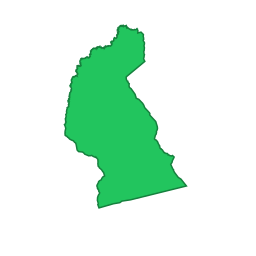 Bia East, Western, Ghana, rotated 225°
{"feature_id": "2480657B75704309897075", "entity_name": "Bia East", "entity_type": "district", "adm_level": 2, "iso_a3": "GHA", "parent_name": "Ghana", "parent_adm1": "Western", "projection": "mercator", "projection_center": [-2.892, 6.825], "detail": "fine", "context": "isolated", "style": "filled", "palette": "green", "viewbox_px": 256, "rotation_deg": 225, "n_neighbors": 0, "source": "geoboundaries", "source_scale": "gbopen_adm2", "svg_char_len": 6006}
<svg xmlns="http://www.w3.org/2000/svg" viewBox="0 0 256 256"><g transform="rotate(225 128 128)"><path d="M198.7,116.8L198.0,116.4L197.5,116.7L195.8,115.9L195.3,115.3L195.3,114.7L194.9,114.6L195.0,114.3L194.3,113.8L194.3,113.3L194.0,112.8L194.1,111.9L193.3,111.1L193.3,110.6L192.9,110.5L192.7,110.0L192.4,109.9L192.2,109.0L191.9,109.2L191.0,108.6L191.0,108.3L190.8,107.7L190.5,107.6L190.5,107.2L190.3,107.3L189.7,106.9L189.5,106.5L190.3,106.4L189.8,105.6L189.8,104.9L189.3,104.5L188.7,104.6L188.6,104.3L188.2,104.6L188.2,104.4L187.6,104.2L187.3,103.6L186.6,103.2L186.6,102.9L186.8,102.7L186.7,102.4L185.2,101.5L185.0,100.6L185.4,100.1L185.4,99.2L184.7,98.8L184.3,97.8L183.1,96.1L182.1,95.4L181.6,94.4L181.5,93.5L180.0,92.6L179.6,91.7L178.9,90.9L178.8,90.1L178.0,89.8L177.8,89.4L177.1,89.0L176.8,88.6L176.0,88.5L175.8,87.4L175.2,86.8L175.4,85.5L173.4,84.7L171.7,83.7L170.7,82.0L169.6,80.5L169.1,80.4L168.9,79.8L168.3,79.2L167.4,78.8L167.4,78.5L166.7,78.4L165.5,78.9L164.1,78.8L163.0,79.1L162.4,78.9L161.0,79.0L158.4,79.9L157.7,80.4L155.6,80.1L154.5,80.4L152.9,79.6L148.6,76.6L148.1,76.4L146.2,76.4L143.1,78.9L140.9,79.1L140.2,78.9L136.0,80.6L135.4,81.5L134.7,82.1L134.3,83.0L132.5,83.3L129.4,84.6L129.5,84.7L127.1,84.5L125.0,82.6L124.1,81.5L122.1,79.9L120.7,79.9L120.1,79.6L117.1,79.8L115.0,79.3L113.8,79.3L110.6,77.5L111.2,75.6L110.9,73.9L110.3,72.4L110.8,70.7L110.9,69.3L110.5,68.9L109.4,65.5L108.4,64.6L107.6,64.4L106.9,63.7L106.4,63.8L105.7,63.3L105.1,63.4L104.4,63.1L103.8,62.5L102.3,62.2L101.8,61.4L101.5,59.7L100.5,57.5L99.1,55.9L98.5,55.2L96.3,54.0L95.3,53.2L95.2,52.5L92.0,51.0L84.7,64.2L81.0,69.4L80.6,72.0L75.5,78.9L45.7,128.3L54.4,129.3L57.5,128.6L63.9,129.5L65.9,130.2L66.3,130.7L67.3,130.7L72.1,132.5L72.5,134.7L73.5,136.3L74.6,139.6L74.9,140.1L77.1,140.0L77.5,138.9L78.0,138.7L78.8,138.1L79.7,138.0L80.5,137.4L80.7,137.7L82.3,137.7L83.1,136.8L83.6,136.8L84.1,136.4L85.1,136.4L85.3,136.1L88.2,136.8L89.0,136.6L89.7,136.8L90.1,136.4L91.0,136.4L91.7,136.9L92.4,137.0L92.5,137.4L93.3,137.9L93.9,137.9L96.3,138.6L96.7,139.0L97.0,138.9L97.6,139.2L99.5,139.4L100.6,138.9L101.6,139.0L103.5,142.2L103.8,143.7L104.8,145.1L105.5,145.6L106.1,147.4L106.7,148.4L108.1,149.6L113.0,152.2L121.3,152.5L122.2,152.8L122.5,153.5L123.5,153.9L130.6,154.2L133.0,155.3L135.1,155.8L140.9,155.9L141.5,155.4L143.6,154.9L144.4,155.6L145.5,156.0L145.9,156.4L147.1,156.9L153.6,158.0L155.5,157.7L156.0,157.8L157.6,159.0L158.4,160.2L159.3,160.1L160.5,160.4L161.0,160.8L161.2,160.5L163.4,161.1L164.2,161.7L165.3,162.7L165.4,163.1L163.2,187.0L165.6,187.8L166.3,188.4L166.9,189.7L167.6,190.3L168.2,191.5L169.0,191.7L171.2,193.4L171.2,194.0L173.2,196.4L174.8,197.4L175.5,198.6L176.3,199.6L176.8,200.0L178.9,200.5L179.4,200.8L179.6,201.8L181.2,203.1L181.9,203.4L183.2,205.0L186.6,205.0L188.3,202.1L189.9,203.9L190.3,203.9L191.3,204.6L191.7,204.3L191.9,204.4L191.9,203.4L192.4,202.5L192.7,202.2L193.1,202.2L193.4,201.3L194.0,200.7L194.3,200.7L195.1,199.7L195.6,199.6L195.8,199.8L195.9,199.5L196.1,199.6L196.5,199.1L198.9,198.8L199.1,198.3L199.5,198.5L199.5,198.3L199.8,198.4L200.0,198.7L200.4,198.6L200.8,198.8L200.6,198.4L201.5,198.9L201.9,198.7L201.7,198.2L201.9,198.4L202.1,197.8L202.5,197.9L203.2,197.1L204.1,197.2L204.1,196.5L203.7,196.3L204.1,196.2L204.1,195.9L204.8,196.0L204.8,195.7L204.6,195.8L204.6,195.4L205.3,195.1L205.6,195.2L205.8,194.8L205.3,194.5L205.5,194.3L205.8,193.0L205.3,192.6L205.2,192.0L205.4,191.9L205.2,191.8L205.1,191.3L205.4,191.3L205.1,191.0L205.2,190.4L204.8,190.4L204.6,189.8L204.3,190.1L204.3,189.8L203.9,189.7L203.6,189.8L203.4,189.6L203.2,189.6L203.0,189.4L203.1,189.1L202.8,189.2L202.9,188.9L202.6,189.0L202.3,188.6L202.8,188.4L202.6,188.0L202.2,188.2L201.7,187.9L201.9,187.6L201.4,187.1L201.4,186.9L201.6,186.9L201.3,186.2L201.7,186.5L201.8,186.1L201.3,185.7L201.2,185.2L200.2,184.9L200.0,184.4L199.7,183.2L199.8,182.8L200.3,182.5L201.2,182.6L201.5,182.3L201.0,180.9L199.8,179.6L200.0,178.8L200.0,178.1L200.5,178.1L200.3,177.8L200.6,177.7L201.0,176.6L200.3,176.2L199.3,176.3L199.3,176.0L198.8,176.0L198.9,175.6L198.2,174.9L198.4,174.2L198.2,173.6L199.7,172.7L199.9,172.4L199.6,171.9L199.8,171.6L200.2,171.7L200.4,171.3L200.6,171.3L200.6,171.1L200.8,170.3L201.0,170.4L201.1,170.1L201.6,170.1L201.5,169.9L201.7,169.7L201.1,168.5L201.3,168.2L201.2,167.8L201.6,168.1L201.5,167.7L201.7,167.8L201.8,167.6L202.1,167.6L201.9,167.0L202.2,166.8L202.6,166.8L202.9,166.5L202.9,166.0L204.1,166.2L204.1,165.6L204.4,165.4L204.7,165.5L204.8,165.3L205.2,165.3L205.1,165.2L205.4,165.0L205.5,165.2L205.6,164.8L206.1,164.7L206.2,164.0L206.8,164.0L207.1,163.4L206.5,162.8L206.8,162.8L206.8,162.5L207.0,162.4L206.6,161.5L206.9,161.6L207.4,161.4L207.3,161.2L207.8,161.0L208.3,159.9L208.7,160.1L209.0,159.1L208.7,158.2L209.1,157.6L208.9,157.3L208.9,156.5L208.4,156.2L208.6,155.9L208.3,155.8L208.3,155.5L207.3,154.5L207.3,154.2L206.8,154.0L207.1,153.8L207.1,153.3L206.7,153.2L206.8,152.7L206.5,152.7L205.9,152.1L205.4,152.0L205.3,151.7L205.6,151.0L205.1,150.5L205.6,149.5L206.4,149.2L206.7,149.5L207.0,149.2L207.3,149.3L207.7,147.6L207.4,147.4L207.7,146.7L208.3,146.2L208.4,145.8L209.2,145.2L209.1,144.8L210.0,144.6L210.3,143.7L209.5,143.0L209.7,142.3L209.3,141.3L208.4,140.5L207.4,140.5L207.3,139.5L206.7,139.4L206.6,139.6L205.5,139.0L205.7,138.8L205.4,138.6L205.5,138.4L205.8,138.5L205.9,138.3L205.5,137.7L206.2,137.1L206.3,137.3L206.7,137.3L207.1,136.8L207.3,137.0L208.0,136.1L206.8,134.7L206.5,134.6L206.0,134.7L205.9,134.4L205.7,134.3L205.5,133.6L205.8,133.4L205.9,132.8L205.8,132.6L205.4,132.5L205.5,132.0L205.0,131.9L205.1,131.7L204.9,131.3L204.5,131.5L203.9,131.1L203.6,131.4L202.8,130.9L202.4,131.0L202.2,130.6L201.8,130.7L201.6,130.5L201.4,128.7L201.1,128.6L201.8,128.4L202.0,127.9L201.8,127.6L201.8,127.3L202.4,126.5L202.2,126.0L203.1,125.6L203.2,125.4L202.7,124.9L202.8,123.6L202.0,122.7L202.1,122.0L201.2,121.2L200.2,120.9L200.2,120.6L199.6,120.2L199.7,118.9L199.0,118.3L199.2,117.9L198.8,117.6L198.5,117.6L198.3,117.3L198.3,117.1L198.7,116.8Z" fill="#22c55e" stroke="#15803d" stroke-width="1.5"/></g></svg>